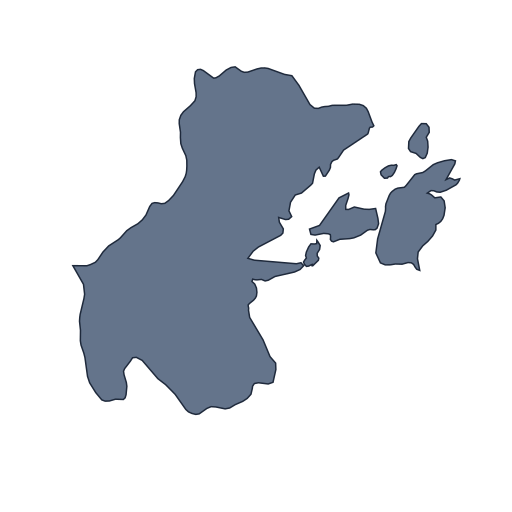 outline of Kumamoto, rotated 197°
{"feature_id": "JPN-1830", "entity_name": "Kumamoto", "entity_type": "Prefecture", "adm_level": 1, "iso_a3": "JPN", "parent_name": "Japan", "parent_adm1": "", "projection": "equal_earth", "projection_center": [130.522, 32.636], "detail": "fine", "context": "isolated", "style": "filled", "palette": "slate", "viewbox_px": 512, "rotation_deg": 197, "n_neighbors": 0, "source": "natural_earth", "source_scale": "10m", "svg_char_len": 4473}
<svg xmlns="http://www.w3.org/2000/svg" viewBox="0 0 512 512"><g transform="rotate(197 256 256)"><path d="M181.4,415.0L181.5,414.7L182.3,413.4L184.5,412.5L184.9,411.3L184.7,406.4L184.9,405.3L203.2,382.9L205.8,374.4L206.5,372.6L209.8,370.2L211.0,368.5L211.5,365.4L210.7,362.4L211.0,359.4L213.0,352.7L214.9,352.0L221.5,359.4L223.8,355.7L224.2,351.6L223.2,342.1L224.4,339.7L230.9,329.5L236.3,325.8L238.7,317.5L237.7,308.8L233.4,304.1L235.5,300.7L238.4,299.5L245.6,299.5L243.5,295.1L237.8,289.9L237.0,285.8L238.4,283.0L256.3,265.3L260.1,259.8L263.1,251.4L256.4,251.5L215.1,260.4L211.0,262.7L207.6,260.6L209.9,256.0L214.4,252.0L231.8,242.0L237.2,236.4L240.0,234.8L243.9,235.2L248.0,233.5L250.0,233.0L252.4,232.9L252.4,230.4L249.0,228.8L246.2,225.5L244.5,221.5L243.9,217.9L244.3,215.6L245.4,213.1L248.3,208.8L249.2,207.0L248.7,205.6L247.8,204.1L247.3,201.9L244.1,195.4L224.7,177.8L213.2,163.9L205.9,159.3L203.8,153.2L202.8,140.2L206.9,137.2L216.6,135.5L220.2,133.6L220.5,132.9L221.2,130.4L220.8,128.3L220.4,122.3L222.8,117.2L226.2,113.1L232.4,107.8L236.7,103.0L240.8,100.8L250.3,99.9L254.9,98.8L258.4,95.9L264.2,88.4L267.3,86.9L271.2,86.7L275.0,87.2L278.2,88.7L292.9,100.1L304.9,106.6L314.0,110.0L334.3,122.9L340.8,124.1L344.3,122.6L345.4,118.7L348.7,109.9L349.0,107.1L347.5,103.9L343.0,97.1L341.4,93.6L339.7,85.3L339.7,82.1L340.9,80.0L348.5,78.0L353.8,74.5L357.8,73.1L361.4,73.3L369.3,78.5L378.0,86.1L381.9,91.6L389.9,108.9L392.2,112.7L397.3,119.7L399.2,123.6L402.1,133.6L405.7,142.0L406.6,145.8L407.1,148.9L408.1,165.0L408.7,169.3L412.7,178.5L428.3,193.2L414.9,197.2L411.8,199.4L407.8,203.0L406.2,206.2L403.5,215.1L399.8,222.6L392.5,231.3L391.0,233.7L387.0,242.4L383.8,246.6L378.4,252.3L375.3,257.3L373.2,263.0L372.1,272.3L370.8,275.9L368.5,277.4L365.3,278.1L361.8,278.3L358.6,279.7L355.7,283.6L352.6,289.9L347.9,305.6L346.9,311.2L346.9,314.7L347.4,317.8L348.4,321.8L350.2,327.4L352.4,331.4L358.0,337.6L360.7,341.4L362.9,347.1L364.4,352.3L368.1,360.1L369.2,363.9L369.0,368.6L367.5,372.8L362.7,380.5L359.8,386.6L359.8,390.8L361.0,394.6L365.2,402.9L366.9,407.7L367.7,414.4L366.3,417.1L363.6,418.3L360.5,417.9L348.5,413.7L346.4,414.7L343.7,417.5L338.9,425.1L335.0,429.0L331.2,430.8L324.2,428.4L321.0,428.2L317.7,429.4L309.7,435.2L306.0,437.3L302.5,438.4L299.3,438.9L281.8,438.0L274.4,438.9L264.8,431.7L248.7,416.6L243.4,414.4L239.5,415.4L236.7,417.6L234.0,419.0L230.5,420.3L227.1,422.4L213.5,426.6L208.0,429.5L201.5,431.3L197.4,431.2L193.7,429.6L191.0,426.9L184.2,418.0L181.6,415.2L181.4,415.0L181.4,415.0ZM135.0,285.8L142.3,294.0L144.7,308.0L145.3,336.4L145.9,339.1L146.6,341.2L147.0,343.9L146.3,352.9L145.7,355.5L144.7,357.5L142.5,360.6L140.2,362.4L134.2,365.1L133.0,367.4L128.0,380.2L126.6,381.5L120.9,384.6L118.8,387.0L113.2,395.2L109.7,398.2L103.6,402.2L97.3,405.3L93.1,405.3L92.8,402.2L96.6,384.6L93.6,387.3L90.8,387.2L88.2,386.7L83.7,389.5L83.7,387.9L84.5,384.6L85.5,382.6L93.3,374.5L98.5,370.8L101.9,370.1L105.0,370.4L107.8,369.7L110.6,366.2L108.0,366.2L106.0,365.7L102.0,363.9L96.5,366.5L92.2,363.7L89.2,357.4L88.1,349.9L88.4,346.2L89.4,343.1L91.1,340.6L93.2,338.7L91.6,333.4L93.0,326.8L96.0,320.1L99.5,314.5L102.1,307.2L100.8,300.6L95.2,290.1L98.4,290.3L100.7,292.0L102.8,294.0L105.4,294.9L108.7,294.2L113.9,290.9L120.4,289.1L124.8,286.9L129.8,285.3L135.0,285.8ZM197.9,297.4L205.6,293.3L209.8,292.7L212.7,297.4L204.2,303.8L193.6,335.9L185.9,343.3L185.0,341.7L184.8,337.9L185.0,330.6L183.8,326.8L181.0,327.6L176.3,331.6L166.2,332.4L161.3,333.7L155.5,336.4L150.4,327.6L148.2,322.7L148.4,318.0L149.6,316.1L151.3,315.4L154.8,314.7L157.0,313.2L162.0,306.6L167.7,302.0L171.5,300.0L180.7,296.5L186.1,292.2L188.1,292.3L189.7,293.6L190.3,296.2L191.2,298.2L193.3,298.4L197.9,297.4ZM132.9,400.9L138.7,401.0L141.6,403.4L143.3,410.1L142.5,414.1L138.1,427.6L136.5,431.0L131.9,432.3L128.2,429.7L126.5,424.9L127.9,419.3L125.4,416.0L123.3,410.4L122.3,404.4L122.9,399.6L124.9,397.9L127.6,398.3L132.9,400.9ZM207.2,268.8L208.7,270.9L209.0,274.5L208.3,280.0L207.0,283.7L203.5,284.6L201.6,285.6L202.4,288.8L200.8,287.6L197.7,284.8L197.1,280.9L198.3,276.5L197.4,273.9L195.3,272.3L195.1,270.1L198.9,263.2L199.6,263.1L199.7,264.4L200.5,263.9L202.6,261.8L204.7,260.8L207.2,262.2L208.8,264.1L208.1,266.7L207.2,268.8ZM155.9,367.9L160.1,370.2L161.6,372.9L160.8,374.8L158.4,378.1L155.7,380.9L153.1,382.4L150.7,383.0L148.6,384.4L147.5,383.5L147.6,380.0L148.1,376.4L149.2,372.9L150.6,371.2L152.1,370.9L152.7,370.2L153.0,369.0L155.9,367.9Z" fill="#64748b" stroke="#1e293b" stroke-width="1.5"/></g></svg>